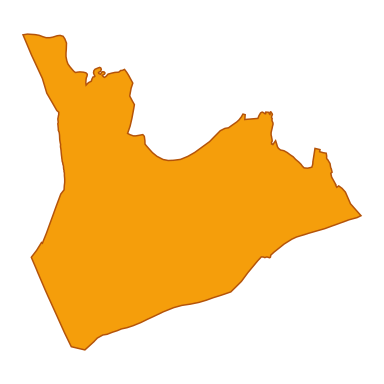 outline of Nanchital de Lázaro Cárdenas del Río, Veracruz, Mexico
{"feature_id": "50627088B93605390589643", "entity_name": "Nanchital de Lázaro Cárdenas del Río", "entity_type": "district", "adm_level": 2, "iso_a3": "MEX", "parent_name": "Mexico", "parent_adm1": "Veracruz", "projection": "robinson", "projection_center": [-94.39, 18.066], "detail": "fine", "context": "isolated", "style": "filled", "palette": "amber", "viewbox_px": 384, "rotation_deg": 0, "n_neighbors": 0, "source": "geoboundaries", "source_scale": "gbopen_adm2", "svg_char_len": 4614}
<svg xmlns="http://www.w3.org/2000/svg" viewBox="0 0 384 384"><path d="M23.0,34.8L31.4,54.8L42.4,78.5L46.8,93.2L51.4,101.1L56.8,110.5L58.8,112.3L58.7,113.1L58.7,113.8L58.7,114.8L58.4,115.7L58.2,117.1L57.9,118.4L57.9,119.1L57.9,119.9L58.1,121.2L58.2,122.5L57.8,123.8L58.0,125.2L58.1,126.7L58.3,128.7L58.3,130.2L59.2,132.5L59.5,134.9L59.6,136.9L59.7,139.4L59.9,140.8L60.1,142.1L60.6,144.5L60.5,145.8L60.5,147.0L60.8,148.5L61.0,150.2L61.4,154.6L61.6,156.3L61.7,156.9L61.8,158.2L62.0,159.3L62.1,160.5L62.2,161.3L62.3,161.6L62.4,161.8L62.4,162.0L62.5,162.2L62.7,162.7L62.8,163.5L62.9,164.3L63.2,165.1L63.4,166.0L63.5,166.6L63.5,167.4L63.6,168.5L63.8,169.8L64.1,170.6L64.0,171.7L64.4,172.8L64.4,173.8L64.4,175.7L64.6,177.9L64.7,179.2L64.7,180.5L64.7,181.5L64.7,182.1L64.6,183.3L64.4,184.8L64.3,185.8L64.2,187.3L64.1,189.8L60.8,194.0L56.0,206.8L53.6,213.5L49.7,224.2L46.4,233.3L42.4,243.2L41.5,242.5L36.6,250.4L31.3,257.3L36.4,269.2L38.4,274.1L38.6,274.4L39.1,275.7L42.1,282.7L44.8,289.0L45.9,291.5L48.4,297.1L49.6,299.7L52.9,307.0L53.3,307.9L57.4,316.9L57.7,317.6L64.5,332.7L70.6,345.3L71.3,346.7L78.0,348.3L84.9,349.9L89.1,346.1L94.2,341.4L94.8,340.7L97.4,338.0L102.8,335.0L107.1,334.3L112.5,332.2L117.2,330.7L121.5,328.9L127.0,327.7L133.1,325.7L137.0,324.1L140.7,322.6L145.6,320.2L145.9,320.1L146.1,319.9L147.4,319.3L153.5,316.5L163.3,311.8L173.8,307.6L180.4,305.8L181.8,305.4L190.5,304.1L191.0,304.0L198.9,302.4L206.3,300.2L212.1,298.1L213.2,297.7L220.6,295.4L226.5,293.4L230.8,291.9L235.4,287.4L237.9,284.9L241.4,281.4L247.9,272.6L248.4,272.0L257.6,260.9L261.3,256.9L263.4,257.0L264.8,257.6L266.9,256.9L269.4,257.7L269.7,257.7L270.4,257.2L270.8,255.1L273.8,252.3L276.8,249.9L284.0,244.1L291.8,239.2L296.5,237.0L307.4,233.7L307.5,233.6L315.8,231.2L324.9,228.6L332.5,225.8L335.4,224.8L349.0,219.8L357.1,217.6L361.0,215.7L350.5,203.8L345.4,192.1L342.1,188.4L338.7,185.9L336.8,187.3L335.6,185.0L335.9,184.8L331.6,177.0L330.8,173.3L332.1,172.2L331.3,168.9L330.7,167.6L330.0,163.5L328.6,161.2L328.1,160.2L327.1,159.1L326.7,158.5L326.6,157.3L326.7,156.1L326.4,154.3L326.2,153.2L323.2,152.7L319.6,151.7L320.0,149.6L315.0,148.4L312.9,161.7L312.8,163.8L312.4,165.5L311.8,167.2L307.7,168.2L304.1,167.9L302.4,166.2L301.0,164.3L298.6,161.9L297.5,161.0L295.6,159.4L293.2,156.8L290.2,154.8L287.3,152.6L284.1,150.8L283.0,150.5L280.5,150.0L278.4,148.3L277.4,146.6L276.6,143.8L275.6,140.7L272.9,144.5L272.6,144.2L271.8,144.0L272.0,143.7L271.7,143.3L271.5,143.1L271.4,142.8L271.5,142.5L271.6,142.1L272.2,141.1L272.2,140.9L272.1,139.9L271.9,138.7L271.7,137.8L271.5,136.5L271.2,135.4L271.1,134.9L271.1,134.5L271.1,132.7L271.5,130.8L272.2,127.9L272.5,126.3L272.8,125.2L273.0,124.4L273.0,123.7L273.0,123.1L272.8,122.5L272.3,121.4L272.1,120.7L271.9,120.1L272.0,119.5L272.1,119.2L272.2,118.9L272.1,118.3L271.7,118.0L271.5,117.7L271.6,117.1L271.7,116.2L272.1,115.2L272.4,114.6L272.1,113.6L270.8,111.8L270.3,112.0L270.2,113.0L270.1,113.6L270.1,114.3L270.0,114.5L269.6,114.1L269.3,113.7L269.1,113.1L268.7,112.5L268.1,112.2L266.5,112.2L265.9,112.0L265.7,112.3L265.7,113.2L265.7,113.7L265.4,113.8L265.1,113.7L264.7,113.6L264.4,113.3L263.7,112.8L262.7,112.3L262.3,112.1L262.1,112.1L260.6,112.9L259.0,115.6L257.9,118.4L244.8,119.5L245.2,114.7L243.1,114.1L242.9,114.1L241.4,116.8L239.0,119.9L236.7,122.0L231.1,125.9L228.5,127.8L224.9,128.4L221.1,130.3L220.3,130.7L213.0,138.1L209.6,141.6L194.8,152.4L194.1,152.8L187.8,156.4L180.5,159.4L173.5,160.3L168.2,160.5L163.1,159.5L156.9,156.3L152.4,152.6L148.9,148.7L146.2,145.6L145.0,144.0L144.9,140.6L144.3,136.3L142.8,134.6L139.7,135.2L135.7,135.9L133.4,135.9L130.0,134.7L127.6,133.4L130.1,126.1L131.9,118.4L133.7,108.8L134.4,104.6L132.5,101.3L129.7,96.0L131.1,88.3L132.8,83.1L128.8,75.7L126.9,72.6L125.5,70.7L124.5,69.4L122.3,70.4L120.7,70.5L119.3,71.7L118.6,72.2L114.9,72.4L111.4,73.2L110.0,73.6L108.1,74.1L106.0,76.4L104.4,77.4L103.5,76.8L103.0,76.4L102.3,75.4L104.5,74.1L105.0,73.0L104.2,72.0L102.8,71.7L101.8,72.2L101.1,73.3L100.6,74.2L99.5,73.9L98.7,73.4L98.5,72.5L100.6,71.2L101.3,69.4L100.8,68.0L100.5,67.8L99.7,67.4L97.7,68.1L95.4,69.1L95.1,69.2L93.9,70.7L93.5,72.8L94.0,74.3L94.9,76.2L94.3,76.8L93.0,77.0L92.0,78.9L91.3,81.2L88.4,82.7L86.1,85.1L85.8,82.8L86.0,79.9L86.3,77.9L87.1,75.9L87.3,74.2L87.2,74.1L85.9,72.8L83.5,72.2L81.3,72.0L79.9,71.9L77.8,72.1L75.5,72.5L74.0,71.5L72.3,69.6L70.8,67.8L69.8,66.6L68.1,64.2L67.9,63.9L66.8,60.8L66.0,56.6L66.0,53.0L66.3,49.1L66.5,43.1L64.8,38.8L63.1,36.3L61.1,35.7L60.2,35.4L58.2,35.6L57.0,35.8L52.9,37.1L51.9,37.3L49.7,37.7L46.1,37.7L42.2,36.5L42.1,36.4L39.1,35.3L35.1,34.6L27.5,34.1L23.0,34.8Z" fill="#f59e0b" stroke="#b45309" stroke-width="1.5"/></svg>